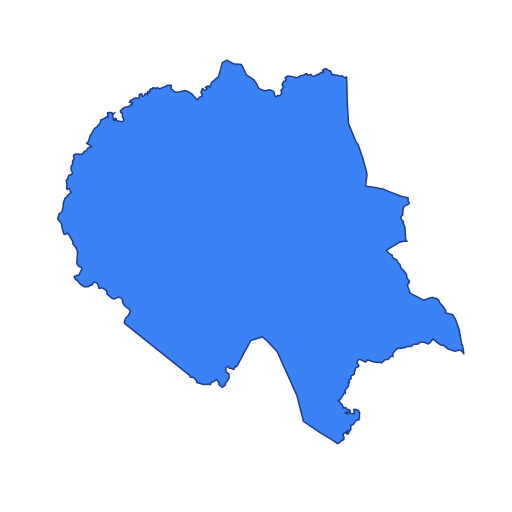 outline of Skaistas pag., Kraslavas, Latvia, rotated 261°
{"feature_id": "27541924B50385925573472", "entity_name": "Skaistas pag.", "entity_type": "district", "adm_level": 2, "iso_a3": "LVA", "parent_name": "Latvia", "parent_adm1": "Kraslavas", "projection": "mercator", "projection_center": [27.39, 55.983], "detail": "fine", "context": "isolated", "style": "filled", "palette": "blue", "viewbox_px": 512, "rotation_deg": 261, "n_neighbors": 0, "source": "geoboundaries", "source_scale": "gbopen_adm2", "svg_char_len": 6057}
<svg xmlns="http://www.w3.org/2000/svg" viewBox="0 0 512 512"><g transform="rotate(261 256 256)"><path d="M418.4,373.5L418.7,373.1L418.1,371.3L420.4,369.3L420.4,367.3L421.8,364.7L422.4,362.3L422.8,361.6L423.0,359.7L427.1,358.5L428.0,356.5L429.1,355.7L430.1,354.1L429.9,352.2L429.0,350.9L428.2,350.8L427.8,351.8L427.1,351.9L426.6,350.2L427.0,349.4L426.7,347.9L425.7,346.6L425.7,344.7L424.4,342.3L424.9,339.6L426.8,338.5L426.6,337.2L426.1,336.4L426.4,335.3L428.1,334.8L428.2,333.9L426.9,330.3L427.2,329.5L427.1,327.9L426.1,326.0L425.7,324.1L427.7,319.4L428.5,316.8L428.7,314.5L427.2,312.6L425.9,313.4L424.2,312.4L424.1,310.6L421.5,308.7L420.2,308.8L418.9,309.6L416.4,307.6L415.6,306.5L414.4,307.1L411.5,306.0L410.6,304.8L411.1,302.4L410.0,301.1L411.3,299.6L414.8,299.6L417.1,297.5L418.2,294.7L417.7,291.9L418.1,289.8L420.9,285.0L425.8,283.6L430.3,281.5L436.5,274.8L445.2,272.4L447.6,271.3L449.1,264.3L454.0,257.8L452.3,253.1L438.9,247.0L434.3,239.2L430.2,237.1L430.0,236.6L431.1,236.5L431.3,235.1L431.0,233.2L430.2,232.6L429.3,233.7L428.7,233.8L427.9,232.8L427.7,231.3L428.2,230.5L429.6,229.7L429.6,229.2L426.5,227.3L422.2,228.0L421.6,224.7L419.6,222.7L419.7,222.1L425.7,218.3L429.5,214.0L430.6,211.5L429.9,205.1L430.2,202.8L431.1,201.0L433.1,199.7L434.6,197.9L437.0,199.2L437.8,198.9L438.1,198.1L438.4,194.6L437.4,193.2L436.9,189.5L436.1,187.7L436.4,187.5L436.1,187.0L437.6,185.1L437.6,183.9L437.2,183.3L438.0,181.7L438.2,180.2L437.3,179.6L437.4,178.1L436.5,176.8L435.4,177.3L434.0,175.9L434.0,175.4L435.0,175.3L435.2,174.8L433.4,174.5L432.5,173.8L433.6,173.0L433.9,172.2L431.8,170.4L431.3,169.1L432.2,168.4L433.8,168.6L434.2,167.0L433.0,165.7L431.3,165.7L430.4,165.1L430.2,164.4L430.9,162.1L430.7,160.2L429.8,158.9L429.5,156.9L428.8,155.7L427.6,155.1L427.1,157.5L425.8,157.9L425.8,157.2L424.7,157.0L425.4,156.4L424.1,155.2L423.5,154.2L423.4,149.4L422.4,148.3L422.5,147.1L421.2,145.8L420.9,144.8L418.9,144.8L418.3,146.1L417.8,146.4L414.3,145.8L411.7,146.8L409.8,145.8L409.6,145.4L409.6,144.3L411.5,139.4L412.2,139.1L413.2,139.6L414.0,138.7L413.9,138.2L412.0,137.5L412.2,136.7L417.2,136.2L419.2,138.2L418.8,136.5L420.1,136.1L420.8,133.1L420.7,132.0L419.4,131.5L416.3,131.8L416.2,131.2L416.8,129.9L415.6,127.9L414.6,124.0L411.1,122.5L409.8,120.3L408.1,118.9L407.3,116.6L402.3,112.5L401.3,111.4L395.4,108.5L393.9,106.4L390.0,110.6L388.8,106.8L386.7,105.0L386.1,102.7L383.7,100.3L383.9,98.1L384.6,96.0L384.9,93.6L384.3,91.8L382.8,91.3L380.7,91.6L378.3,89.6L375.6,89.3L373.9,87.8L372.0,87.0L369.8,86.9L367.3,87.7L366.1,87.4L365.4,86.6L365.0,83.8L361.3,81.9L360.5,80.4L356.0,80.4L352.1,79.4L351.2,80.1L351.9,81.4L351.8,82.2L349.0,82.7L348.0,83.5L344.8,78.7L344.0,78.6L343.0,76.4L338.0,73.8L335.4,73.5L330.0,71.2L328.3,68.0L323.5,65.9L318.8,68.8L312.4,69.0L307.6,69.7L307.2,70.5L307.9,73.6L306.1,74.6L300.0,76.9L298.0,77.4L296.5,77.0L293.2,79.1L288.6,80.5L276.4,77.8L273.2,79.6L272.3,81.6L270.8,82.1L264.8,78.1L264.6,77.6L264.9,77.1L264.9,75.9L264.2,74.8L264.4,73.4L263.3,73.2L260.9,74.1L259.7,75.7L255.9,77.9L252.4,81.6L251.9,86.0L252.8,86.9L253.0,89.4L255.4,91.6L255.2,93.4L253.1,95.3L248.6,95.9L248.4,96.7L248.7,98.1L248.5,99.0L246.0,102.2L245.1,103.0L241.6,102.9L236.5,107.4L235.9,108.6L235.8,109.8L236.7,112.1L236.8,114.0L235.1,116.7L234.0,117.3L231.8,117.0L228.6,117.8L226.9,118.9L223.2,122.5L221.1,123.3L217.1,120.5L215.4,117.9L214.0,116.9L211.2,115.5L209.7,115.9L148.4,171.8L146.7,172.2L146.2,173.3L145.9,175.4L142.4,177.5L140.3,177.8L137.5,183.7L136.9,186.8L136.9,189.1L136.1,190.9L138.2,191.9L138.6,194.5L140.1,197.6L136.8,199.6L136.2,199.1L134.1,199.7L133.2,200.9L131.9,201.6L131.7,202.4L133.4,205.6L135.4,206.2L137.3,208.3L140.0,210.5L143.8,210.8L146.3,208.3L150.7,208.8L151.4,210.9L149.3,212.2L149.0,213.9L147.3,215.9L147.9,216.8L149.7,217.5L150.1,218.5L149.7,218.5L150.2,220.0L173.3,237.6L175.1,249.8L170.0,254.0L158.3,261.9L111.8,274.6L85.3,277.0L71.0,292.2L63.9,300.9L58.0,307.1L58.3,308.7L60.4,311.9L60.8,313.9L63.0,314.6L65.6,313.8L66.8,314.7L67.4,315.6L67.6,317.2L68.9,318.4L69.1,319.1L67.9,318.6L67.4,317.4L66.7,317.3L66.0,318.5L65.8,319.0L66.0,319.4L67.9,320.4L69.7,322.5L73.9,323.1L74.3,325.7L76.5,327.5L78.2,329.6L77.9,331.6L79.4,332.8L82.0,333.0L84.6,333.9L87.0,333.0L88.7,331.1L89.2,328.6L84.9,328.4L85.2,326.1L86.2,324.4L85.7,321.8L86.2,320.3L87.4,319.7L87.6,324.7L89.2,324.6L90.0,323.1L90.0,322.2L92.3,320.9L92.2,318.5L95.5,317.9L100.5,314.5L100.9,316.6L106.3,321.3L106.5,322.7L107.9,323.1L109.1,322.7L113.1,327.0L115.1,327.7L116.4,327.4L116.2,328.0L116.8,328.6L119.2,328.6L119.6,330.1L120.2,330.9L121.9,330.6L122.8,331.3L123.8,334.6L125.5,334.7L130.1,337.3L130.6,339.6L131.5,340.5L135.2,338.9L137.5,341.0L137.7,342.1L137.4,342.9L134.1,347.5L134.4,348.3L136.0,349.7L132.8,356.0L131.2,363.0L130.9,363.2L133.4,367.5L133.2,370.4L135.0,372.3L135.9,374.1L135.9,374.6L135.3,375.5L138.5,376.0L142.2,380.4L142.0,380.5L142.6,382.7L142.0,384.9L142.5,386.9L142.0,387.7L143.0,391.4L142.4,395.0L144.1,397.8L143.7,402.1L144.7,403.7L145.1,405.7L144.5,408.6L142.3,411.9L142.3,412.7L143.9,415.2L145.0,415.7L144.9,416.2L146.3,418.1L142.5,421.0L139.4,424.3L138.0,427.8L134.5,430.6L131.9,435.2L130.8,437.8L131.2,441.5L131.0,443.2L128.2,445.5L126.5,446.0L133.3,446.1L135.6,445.8L135.7,445.4L151.7,445.1L162.3,443.1L167.3,441.2L170.4,434.0L172.0,434.9L172.8,434.7L177.1,432.8L181.3,430.0L183.5,429.7L186.0,427.6L186.1,425.8L187.3,424.5L187.5,423.1L187.2,421.3L187.4,420.4L186.3,416.4L186.4,414.3L195.1,402.5L202.4,401.1L204.8,401.4L204.8,402.0L205.4,403.0L207.2,403.6L210.4,401.7L214.4,401.7L217.6,400.1L221.6,397.3L225.3,396.8L226.8,395.5L230.0,394.5L232.3,391.5L233.7,390.6L235.5,390.6L237.3,388.0L241.3,385.6L247.2,400.1L247.4,402.0L247.2,407.3L248.8,406.5L250.0,406.5L260.7,407.6L265.5,406.6L267.0,406.9L268.9,405.6L271.5,404.8L273.6,407.3L278.9,408.5L281.6,409.8L282.5,411.5L282.8,413.5L284.0,415.5L284.9,415.6L286.0,414.8L289.7,415.3L292.0,409.2L300.1,395.3L302.0,392.6L305.9,381.7L307.8,375.1L318.6,378.3L322.6,378.3L337.7,376.5L350.5,374.2L352.7,372.8L372.3,368.1L391.0,369.9L418.4,373.5Z" fill="#3b82f6" stroke="#1e3a8a" stroke-width="1.5"/></g></svg>